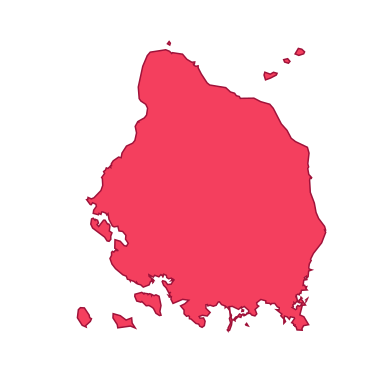 Marinduque, Marinduque, Philippines, rotated 172°
{"feature_id": "2640588B36383122170471", "entity_name": "Marinduque", "entity_type": "district", "adm_level": 2, "iso_a3": "PHL", "parent_name": "Philippines", "parent_adm1": "Marinduque", "projection": "natural_earth1", "projection_center": [122.005, 13.38], "detail": "fine", "context": "isolated", "style": "filled", "palette": "rose", "viewbox_px": 384, "rotation_deg": 172, "n_neighbors": 0, "source": "geoboundaries", "source_scale": "gbopen_adm2", "svg_char_len": 5845}
<svg xmlns="http://www.w3.org/2000/svg" viewBox="0 0 384 384"><g transform="rotate(172 192 192)"><path d="M107.2,40.8L102.1,39.8L102.1,41.5L100.1,44.1L95.0,44.4L98.6,52.9L102.3,55.3L98.5,64.5L95.4,64.3L98.2,69.8L99.7,70.7L100.9,70.0L101.3,67.6L98.4,66.7L100.3,64.4L101.7,63.9L103.0,64.9L104.5,63.6L104.6,61.7L105.8,61.1L108.9,63.7L107.6,64.3L107.9,66.1L106.6,66.8L106.4,68.3L105.5,67.1L103.5,69.1L102.1,68.1L103.9,74.6L103.1,73.7L103.3,75.3L101.3,76.1L100.2,75.2L99.4,76.7L98.3,76.5L97.3,79.4L91.6,79.0L92.6,80.6L91.6,82.3L92.9,82.2L93.5,84.0L95.0,84.0L93.6,89.1L89.8,89.3L92.3,90.4L92.6,91.6L90.4,92.7L90.2,91.0L88.8,92.0L87.5,97.5L84.2,98.2L86.7,99.4L86.9,100.8L85.8,104.5L83.5,107.6L84.0,108.9L80.3,114.3L70.7,123.6L65.2,133.5L66.0,135.9L65.0,135.8L65.5,139.5L70.3,148.2L72.0,154.5L72.4,164.0L74.9,175.2L73.9,187.4L72.7,189.9L71.9,189.0L71.5,189.6L73.9,193.1L74.1,199.2L73.0,200.6L73.4,203.8L70.7,214.2L71.5,220.2L82.5,227.5L86.3,231.4L89.3,239.8L94.1,247.0L99.9,263.6L102.8,268.1L111.4,271.9L117.6,276.3L131.1,278.0L131.9,280.0L134.7,281.2L136.1,283.9L140.0,285.7L144.0,290.6L159.6,295.5L161.9,298.0L166.4,307.6L168.6,314.0L168.4,316.1L170.7,315.9L172.3,317.1L172.8,318.5L171.8,318.5L171.2,320.4L174.1,320.5L178.6,324.1L182.2,329.8L192.0,332.7L192.8,332.0L194.7,334.5L198.2,336.5L213.9,336.3L217.3,333.3L223.3,323.3L230.6,303.4L231.3,291.8L230.0,289.2L225.6,285.3L224.3,281.2L226.3,274.5L228.9,272.0L235.1,269.6L235.1,268.7L236.0,269.1L239.1,264.9L238.7,258.2L241.4,251.0L244.0,248.6L250.5,246.6L255.9,240.3L257.4,235.8L259.8,236.8L265.6,233.9L267.9,231.3L268.0,229.5L268.9,229.6L269.1,227.7L269.8,228.6L271.9,227.0L273.5,227.8L274.7,225.7L276.7,224.6L276.0,222.5L279.5,218.9L278.9,217.8L279.5,210.9L282.0,206.1L289.9,199.9L292.7,199.2L295.7,201.1L296.3,199.2L297.4,199.1L294.6,193.9L293.7,193.4L291.9,195.2L288.9,193.3L288.7,191.1L291.9,187.7L292.8,184.6L287.8,182.5L287.1,183.8L285.3,182.5L284.1,184.8L282.9,184.6L280.2,183.0L279.5,181.1L278.2,182.2L278.0,176.4L275.6,169.5L274.0,168.3L270.2,168.4L269.7,163.6L266.2,162.6L263.5,158.3L264.4,154.5L262.3,150.1L264.4,147.5L266.6,148.3L269.9,153.2L274.9,155.5L276.3,147.1L273.1,144.1L276.0,144.9L277.8,143.4L279.0,144.3L280.1,143.4L280.5,140.4L282.5,137.6L281.3,131.8L278.4,126.7L272.0,119.6L268.8,117.8L268.1,114.6L266.0,113.8L265.5,112.4L265.2,113.2L262.0,111.6L259.9,109.4L259.5,110.4L258.4,108.3L255.8,107.3L253.5,104.6L247.4,106.0L245.5,109.2L244.2,109.0L244.1,112.3L246.2,114.5L246.2,116.1L242.2,113.1L240.5,114.7L236.6,112.6L234.3,114.5L233.2,113.3L231.4,114.6L233.0,111.3L231.3,114.5L229.0,113.0L228.9,110.9L227.2,109.3L224.5,109.6L222.1,107.7L222.2,107.2L224.3,106.8L222.9,106.6L225.6,103.6L229.1,103.8L230.7,107.0L233.3,108.2L234.0,107.5L233.1,103.6L231.0,100.8L229.0,95.3L226.8,95.6L228.8,94.7L227.8,91.6L229.7,92.8L229.0,91.4L229.7,91.0L227.0,91.2L227.8,88.8L226.3,84.3L216.2,87.0L210.3,85.3L214.7,82.3L219.2,80.8L216.3,76.2L216.8,72.5L214.7,69.7L212.8,70.0L211.9,69.0L212.2,66.9L210.6,66.3L206.4,61.3L203.7,60.2L203.0,58.0L200.8,56.6L198.4,57.9L197.0,62.2L198.1,65.7L201.6,65.9L202.3,67.7L198.9,68.5L194.2,67.1L190.8,70.2L194.4,74.9L193.9,78.4L192.3,78.4L192.1,77.0L189.9,77.4L186.8,75.9L183.8,76.5L181.3,79.4L180.1,79.4L178.4,76.4L175.0,74.5L175.2,72.9L174.2,73.7L172.9,72.4L171.8,73.0L172.0,71.8L172.7,72.2L171.2,69.4L171.4,63.3L172.6,61.5L172.0,56.9L175.1,52.5L175.7,49.9L176.2,51.3L176.2,50.2L175.4,49.3L174.0,49.9L171.4,54.8L170.0,59.8L170.8,62.2L170.1,64.4L171.0,66.8L170.9,73.2L168.1,73.2L162.2,69.3L159.3,71.2L159.2,70.3L156.2,71.4L152.4,67.0L152.5,65.6L154.2,63.9L151.3,63.8L149.9,61.8L146.9,60.5L144.8,62.3L145.9,66.9L141.8,69.7L143.3,71.1L143.4,73.3L138.8,76.0L134.1,74.0L134.3,71.7L130.6,70.9L129.7,69.6L128.7,70.5L125.6,70.2L123.4,66.3L121.7,65.4L122.1,63.2L124.8,63.7L120.0,58.6L121.3,57.1L118.7,53.4L119.3,49.2L117.4,50.7L118.4,53.9L117.7,56.2L115.2,55.2L113.3,52.4L111.8,54.7L108.2,53.4L108.0,52.5L111.5,48.7L109.9,47.7L109.8,45.9L108.4,45.9L108.8,44.6L107.7,44.0L107.2,40.8ZM241.4,74.2L239.8,74.3L240.4,78.3L238.5,83.9L239.1,93.3L242.0,95.2L244.0,94.6L245.9,96.0L246.4,95.1L246.6,96.4L248.1,97.2L249.8,96.5L249.9,97.4L253.5,98.4L253.4,99.2L253.7,97.8L253.8,97.7L255.7,99.6L262.7,98.7L263.2,96.6L261.9,91.7L257.9,90.0L256.9,90.6L253.2,85.7L250.4,85.6L247.9,83.7L246.4,82.1L244.6,76.9L241.4,74.2ZM281.0,154.7L279.0,156.4L278.6,159.6L276.9,162.7L279.3,164.9L278.0,169.8L278.9,171.9L280.1,172.0L282.0,176.2L283.5,176.4L289.2,170.8L290.6,172.9L288.9,174.3L289.5,177.2L291.4,178.3L291.9,177.5L293.5,179.8L295.2,179.3L296.7,174.3L295.4,170.1L284.8,159.5L282.9,155.4L281.0,154.7ZM267.1,65.2L269.5,70.5L269.3,75.7L275.1,74.4L280.2,79.5L287.0,82.5L287.8,78.3L284.5,71.1L284.4,67.8L271.6,67.8L267.1,65.2ZM315.6,73.0L315.8,74.5L310.7,78.0L309.2,80.5L310.8,81.8L311.0,84.5L314.7,92.2L318.6,93.0L320.9,91.3L323.0,83.4L319.3,75.3L315.6,73.0ZM104.4,297.8L103.6,292.8L98.4,293.9L92.2,296.1L91.2,297.7L94.6,299.2L98.1,297.8L103.2,300.5L104.4,297.8ZM67.2,312.4L62.2,313.3L61.0,315.1L63.4,318.1L66.7,319.4L70.7,314.4L67.2,312.4ZM78.6,306.1L76.8,307.7L78.7,310.7L82.8,310.3L82.2,307.8L78.6,306.1ZM167.3,58.5L167.3,59.5L163.5,62.2L161.1,61.0L159.8,63.3L161.9,64.6L164.2,62.4L166.1,62.1L168.8,59.6L167.3,58.5ZM193.6,340.6L192.7,342.4L193.7,344.2L195.7,342.2L193.6,340.6ZM155.0,51.6L156.2,54.3L157.4,53.2L157.1,52.6L155.0,51.6ZM243.1,109.2L241.9,109.4L243.3,111.9L243.1,109.2ZM159.3,66.8L157.7,66.8L157.3,67.9L158.7,68.6L159.3,66.8ZM224.9,107.1L223.0,107.3L222.6,107.5L224.5,108.9L223.8,107.9L224.9,107.1ZM98.7,72.7L99.1,71.5L97.9,71.6L98.7,72.7ZM157.4,62.3L156.1,62.7L156.1,63.1L157.1,63.5L157.4,62.3ZM159.3,63.4L158.5,63.0L158.6,64.0L159.3,63.4ZM94.3,67.7L93.7,68.3L94.1,68.5L94.3,67.7ZM243.1,108.9L243.3,107.8L242.9,108.1L243.1,108.9ZM155.2,63.3L154.8,62.7L154.9,63.7L155.2,63.3ZM93.4,69.9L92.7,69.9L92.4,70.5L93.4,69.9Z" fill="#f43f5e" stroke="#9f1239" stroke-width="1.5"/></g></svg>